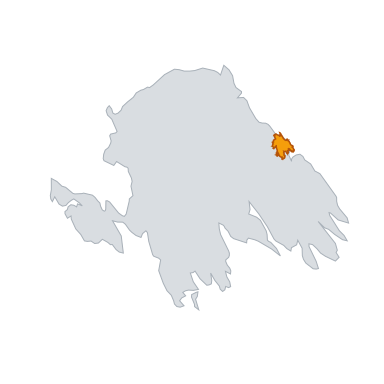 Midleton Lea-7, Cork, Ireland (highlighted), rotated 247°
{"feature_id": "5873133B11513938910004", "entity_name": "Midleton Lea-7", "entity_type": "district", "adm_level": 2, "iso_a3": "IRL", "parent_name": "Ireland", "parent_adm1": "Cork", "projection": "equal_earth", "projection_center": [-8.098, 51.922], "detail": "fine", "context": "in_parent", "style": "filled", "palette": "amber", "viewbox_px": 384, "rotation_deg": 247, "n_neighbors": 0, "source": "geoboundaries", "source_scale": "gbopen_adm2", "svg_char_len": 8246}
<svg xmlns="http://www.w3.org/2000/svg" viewBox="0 0 384 384"><g transform="rotate(247 192 192)"><path d="M245.7,77.5L237.3,81.8L236.0,83.4L233.6,89.9L233.3,91.8L228.0,99.1L225.0,100.6L220.5,101.8L217.9,102.9L214.7,102.3L210.6,102.4L208.6,103.8L208.7,104.8L209.9,105.9L217.5,109.3L217.0,110.7L214.9,112.3L201.4,116.2L197.4,118.6L196.0,120.2L197.4,122.8L208.2,130.7L210.1,131.6L211.7,136.2L221.2,138.1L225.1,141.0L228.5,141.7L235.8,141.4L238.8,142.5L240.4,141.7L241.4,140.2L249.5,134.5L247.0,130.4L255.2,123.2L257.4,123.3L261.3,125.5L264.5,128.5L265.6,132.6L268.7,136.2L270.6,137.5L275.9,138.2L277.1,139.7L276.2,145.0L277.0,146.7L290.4,146.6L295.8,144.3L300.4,144.7L302.7,147.1L303.8,149.5L299.8,150.5L295.6,150.0L293.6,151.6L293.5,154.7L295.0,158.7L297.8,161.5L300.1,167.9L302.1,175.0L305.0,179.4L305.7,184.7L305.3,187.3L305.9,192.1L304.7,193.7L305.7,198.2L310.8,212.6L311.9,223.8L309.6,228.0L306.4,232.0L304.3,236.8L302.7,242.0L301.9,250.3L294.9,260.0L292.0,262.4L288.5,263.9L296.2,270.8L290.0,273.8L283.2,274.8L275.7,273.1L271.0,273.3L265.1,276.8L263.7,276.2L260.9,270.6L258.9,276.4L254.5,278.2L247.1,277.8L234.7,279.4L230.0,281.0L228.0,283.6L226.6,286.6L224.6,288.4L222.4,289.3L212.9,291.5L211.0,292.4L206.5,297.3L200.7,300.1L195.9,300.9L191.6,298.1L189.9,296.4L187.9,295.5L181.3,295.6L183.4,296.5L184.7,298.5L185.4,302.3L184.6,306.1L181.4,308.0L177.5,308.3L171.4,312.2L163.3,313.3L158.9,316.9L132.0,322.9L130.5,323.0L126.8,321.5L122.8,320.8L118.8,321.3L107.6,324.7L102.2,324.0L109.2,315.6L118.5,311.3L119.5,310.1L116.5,309.6L98.8,312.5L92.6,315.0L86.4,315.8L89.3,311.9L97.3,306.7L104.2,303.2L107.2,300.1L115.6,296.6L88.6,303.9L81.6,303.0L80.0,301.0L74.4,301.9L72.4,297.0L80.7,289.7L85.5,286.5L91.1,284.8L96.5,282.4L98.6,279.4L96.0,278.4L79.8,279.2L72.1,278.5L72.5,276.2L74.0,273.5L82.1,269.0L86.5,268.3L90.3,268.7L97.2,271.4L106.3,270.5L102.5,267.7L101.9,261.8L99.0,259.9L102.8,257.2L107.0,255.6L114.2,250.0L116.7,249.1L130.7,247.8L145.9,244.9L160.9,240.8L153.2,238.6L149.6,235.6L143.6,241.6L139.3,243.9L127.3,245.1L123.5,244.5L118.2,242.6L116.5,243.3L114.9,244.8L107.0,247.7L98.6,248.4L108.4,243.0L120.8,233.8L123.6,231.0L127.5,225.9L126.3,223.7L123.8,222.4L132.8,212.1L136.0,210.3L141.7,209.9L145.9,208.3L147.7,208.3L149.4,207.7L153.0,204.6L147.4,202.7L141.6,201.7L123.5,202.7L121.1,202.5L118.9,201.5L117.5,200.2L116.4,196.7L115.1,195.9L111.0,195.9L107.0,197.0L104.2,196.9L101.5,195.4L105.9,191.8L100.3,190.9L94.5,191.6L89.8,190.6L89.7,188.3L91.9,186.1L89.1,184.0L88.5,181.3L91.5,180.0L94.8,180.4L101.6,178.5L110.1,177.5L102.8,175.6L99.9,173.9L99.8,171.4L100.4,169.2L109.0,165.5L118.0,163.9L117.4,161.5L118.1,158.8L108.9,158.1L99.8,159.9L100.9,154.9L103.1,150.4L103.6,147.4L103.2,144.3L98.9,145.6L98.5,141.1L96.7,138.1L90.4,140.2L90.6,136.1L92.5,133.3L95.8,132.1L99.0,132.6L105.0,132.6L110.9,130.4L119.3,129.9L132.6,130.6L141.7,136.6L144.1,135.5L147.8,131.7L149.6,131.3L163.4,132.9L172.0,135.1L174.3,134.4L173.0,130.2L170.1,127.3L173.8,123.5L178.3,120.9L181.4,119.6L188.3,118.1L191.3,116.5L193.4,111.7L196.6,107.6L179.2,109.7L162.6,104.9L165.2,101.5L168.7,99.6L174.8,98.1L175.4,96.3L178.4,94.9L183.5,91.0L181.6,85.9L182.6,82.3L186.3,79.9L187.4,76.4L189.0,73.9L196.4,73.0L203.4,70.6L214.3,70.3L217.2,71.3L216.5,67.1L221.6,66.6L223.6,67.4L224.5,70.4L226.8,72.2L227.6,75.5L226.0,78.0L223.4,80.0L225.8,82.0L222.1,85.6L226.1,84.0L231.8,80.5L231.5,77.6L230.5,74.0L228.9,70.7L229.6,67.2L232.8,64.9L241.2,63.8L237.7,59.7L240.8,59.3L244.1,60.2L249.0,63.4L259.5,67.8L254.4,71.8L248.2,74.5L245.7,77.5ZM98.0,156.6L97.8,158.5L93.8,156.1L91.9,153.4L80.9,152.2L85.5,149.6L87.7,150.4L95.5,150.5L97.7,151.6L98.0,156.6Z" fill="#d9dde1" stroke="#a8b0b8" stroke-width="1"/><path d="M192.5,297.0L192.3,297.3L192.3,297.6L192.5,297.8L193.3,297.7L193.4,297.8L193.4,297.7L193.7,297.7L194.2,297.6L194.4,297.5L194.7,297.5L194.4,297.5L194.2,297.7L194.2,297.8L193.6,297.9L193.5,298.0L193.2,298.3L193.2,298.5L193.3,298.6L192.9,298.8L192.6,298.8L192.4,298.8L192.3,298.6L192.2,298.8L191.6,298.9L191.2,299.2L190.7,299.2L190.6,299.4L190.9,299.6L191.0,299.7L191.1,300.0L190.9,300.1L190.6,300.2L190.1,300.1L190.3,299.9L190.2,299.8L189.9,299.8L189.9,300.0L190.0,300.0L189.7,300.4L189.3,300.7L189.3,300.8L189.6,301.2L190.0,301.2L190.1,301.3L190.2,301.5L190.1,301.8L189.9,302.0L190.0,302.2L189.8,302.3L190.0,302.3L190.3,302.3L190.9,302.2L191.1,302.4L191.2,302.2L191.6,302.2L191.8,302.2L192.1,302.3L192.4,302.4L192.7,302.3L193.0,302.3L193.1,302.2L193.9,302.2L194.0,302.1L194.0,302.4L194.2,302.6L194.3,302.6L194.3,302.8L194.2,302.8L194.3,302.8L194.6,302.9L194.9,302.8L194.9,302.7L195.3,302.6L195.7,302.3L195.7,302.1L195.8,302.0L195.9,301.9L196.0,301.9L196.3,301.7L196.7,301.5L197.4,301.3L197.7,301.2L198.1,301.3L198.4,301.3L198.7,301.2L198.9,301.2L199.1,301.2L199.1,301.3L199.5,301.2L200.0,301.1L200.4,301.2L200.5,301.2L200.8,301.0L201.0,300.9L201.2,300.6L201.4,300.6L201.5,300.7L201.6,300.8L201.7,300.7L201.8,300.8L201.8,300.7L202.0,300.5L202.1,300.4L202.3,300.4L202.5,300.5L202.6,300.4L202.7,300.5L203.0,300.3L203.1,300.2L203.3,300.2L203.5,300.1L203.8,300.1L203.9,299.9L203.8,300.0L203.7,299.9L203.8,299.9L203.7,299.9L203.4,299.7L202.8,299.6L202.7,299.4L202.7,299.2L202.8,298.6L203.1,298.4L203.3,298.2L203.7,297.8L204.1,297.6L205.0,297.3L205.9,297.0L207.2,297.0L207.4,296.9L207.5,296.9L207.8,296.7L208.1,296.8L208.3,296.7L208.5,296.8L208.8,296.6L209.0,296.6L209.3,296.6L209.5,296.6L209.6,296.4L209.9,296.4L210.0,296.3L210.3,296.4L210.5,296.4L210.8,296.4L211.0,296.4L211.1,296.2L211.2,296.3L211.3,296.2L211.1,295.8L211.0,295.7L210.7,295.6L210.2,295.4L210.1,295.2L209.3,295.3L209.2,295.2L209.1,294.9L209.1,294.5L209.9,294.1L210.1,294.1L210.3,294.1L210.6,293.7L211.3,292.8L212.1,292.3L212.6,292.0L212.6,291.9L212.6,291.7L212.6,291.3L212.5,291.2L212.4,291.1L212.6,291.1L212.5,290.2L212.4,289.9L212.1,289.5L211.9,289.3L211.6,289.6L211.4,289.6L210.9,289.7L210.9,289.8L210.7,289.8L210.6,289.7L210.4,289.7L210.2,289.6L209.5,289.6L208.9,289.7L208.6,289.5L208.3,289.6L208.3,289.2L208.0,288.9L208.0,288.5L207.9,288.2L207.8,287.9L207.8,287.7L207.9,287.4L207.6,287.2L207.3,286.9L206.2,286.6L206.3,286.3L206.1,286.3L206.0,286.1L206.3,285.4L206.0,285.3L205.7,285.4L205.4,285.6L205.0,285.4L204.6,285.5L204.6,285.3L204.5,285.1L204.2,284.9L203.9,284.8L203.8,284.5L203.5,284.3L203.1,284.3L202.7,284.0L202.7,283.9L202.4,284.2L201.6,284.3L200.6,284.3L200.5,284.2L200.4,283.9L200.0,284.2L200.1,284.3L200.3,284.6L200.3,284.8L200.5,285.0L200.5,285.4L200.6,285.5L200.8,286.0L201.0,286.0L201.1,286.4L201.1,286.5L201.5,287.0L201.5,287.3L201.5,287.5L201.3,287.4L200.9,287.3L200.5,287.1L200.2,287.2L199.8,286.9L198.7,286.9L198.4,286.8L198.0,286.9L197.8,286.9L197.4,286.8L197.1,286.8L196.8,286.6L196.6,286.5L196.4,286.5L196.4,286.3L196.2,286.1L195.4,286.3L195.4,286.1L195.3,285.9L195.1,285.8L195.0,285.5L194.9,285.4L194.9,285.2L195.0,284.9L194.9,284.8L194.6,284.8L194.5,285.0L194.1,285.0L194.1,284.9L193.7,284.8L193.7,284.6L193.6,284.4L193.3,284.1L193.3,283.9L193.1,284.1L193.0,284.3L192.5,284.4L192.3,284.3L191.9,284.3L191.7,284.6L191.8,284.8L191.9,285.0L191.9,285.3L192.1,285.5L192.5,285.9L193.4,285.9L194.1,286.0L194.7,286.0L194.7,286.3L194.3,286.4L194.2,286.3L193.2,286.3L193.3,286.6L193.2,286.6L192.8,286.6L192.6,286.5L192.3,286.6L192.1,286.6L191.5,286.6L190.4,286.8L190.2,287.2L190.0,287.3L189.7,287.4L188.9,287.6L189.1,287.6L189.0,288.0L188.9,288.0L189.0,288.3L189.0,288.5L188.8,288.5L188.7,288.4L188.2,288.4L187.5,288.0L187.2,287.7L187.0,287.9L186.9,288.2L187.0,288.7L186.8,288.7L187.1,289.2L187.1,289.5L187.4,290.2L187.7,290.8L187.8,290.9L187.6,290.9L187.9,291.2L188.2,291.3L188.5,291.3L188.7,291.5L188.8,291.7L189.0,291.6L189.3,291.7L189.5,291.3L189.6,291.2L189.9,291.3L190.0,291.2L190.4,291.2L190.8,291.4L190.9,291.6L191.4,291.8L191.7,291.8L191.9,291.8L192.2,291.7L192.5,291.8L192.6,292.0L193.0,292.2L193.2,292.5L193.4,292.5L193.0,292.9L193.1,293.1L193.0,293.3L192.9,293.5L193.0,293.7L193.0,293.9L192.9,294.0L192.5,294.3L192.1,294.4L191.8,294.5L191.6,294.6L191.4,294.4L191.1,294.4L190.7,294.4L190.4,294.5L190.4,295.0L190.2,295.0L190.5,295.2L190.3,295.5L190.3,295.8L190.6,295.9L190.8,296.2L191.5,296.2L192.2,296.1L192.8,296.1L192.8,296.6L192.7,296.8L192.5,297.0ZM212.2,296.0L211.9,296.0L212.0,296.1L211.9,296.2L212.0,296.2L212.2,296.0Z" fill="#f59e0b" stroke="#b45309" stroke-width="1.5"/></g></svg>